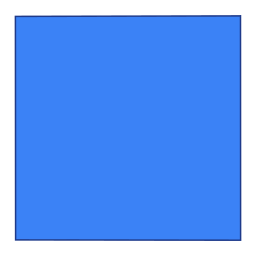 Mahnomen, Minnesota, United States of America (Mercator projection)
{"feature_id": "52423323B48035843667000", "entity_name": "Mahnomen", "entity_type": "district", "adm_level": 2, "iso_a3": "USA", "parent_name": "United States of America", "parent_adm1": "Minnesota", "projection": "mercator", "projection_center": [-95.81, 47.326], "detail": "fine", "context": "isolated", "style": "filled", "palette": "blue", "viewbox_px": 256, "rotation_deg": 0, "n_neighbors": 0, "source": "geoboundaries", "source_scale": "gbopen_adm2", "svg_char_len": 197}
<svg xmlns="http://www.w3.org/2000/svg" viewBox="0 0 256 256"><path d="M15.4,16.4L15.6,239.9L240.6,240.2L240.5,15.8L239.3,15.9L15.4,16.4Z" fill="#3b82f6" stroke="#1e3a8a" stroke-width="1.5"/></svg>